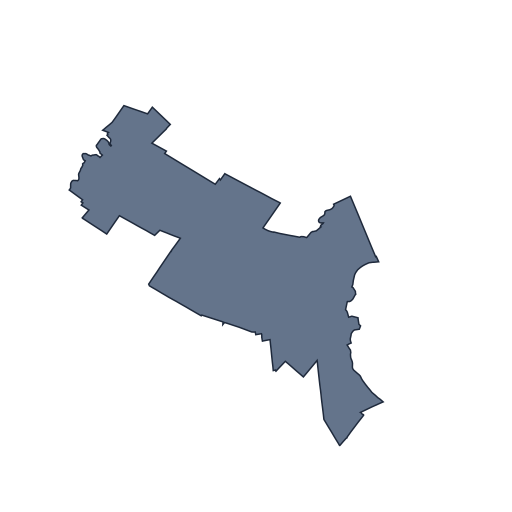 Mircea Voda, Braila, Romania (Equal Earth projection), rotated 141°
{"feature_id": "2599482B59099327438734", "entity_name": "Mircea Voda", "entity_type": "district", "adm_level": 2, "iso_a3": "ROU", "parent_name": "Romania", "parent_adm1": "Braila", "projection": "equal_earth", "projection_center": [27.401, 45.112], "detail": "fine", "context": "isolated", "style": "filled", "palette": "slate", "viewbox_px": 512, "rotation_deg": 141, "n_neighbors": 0, "source": "geoboundaries", "source_scale": "gbopen_adm2", "svg_char_len": 5904}
<svg xmlns="http://www.w3.org/2000/svg" viewBox="0 0 512 512"><g transform="rotate(141 256 256)"><path d="M145.0,243.0L149.9,244.2L158.2,246.2L163.1,247.4L163.3,246.4L163.6,246.0L164.7,245.5L165.9,245.2L167.0,245.0L168.2,245.2L169.5,245.5L170.7,246.1L172.3,246.9L173.6,247.2L174.6,247.0L175.3,246.2L176.0,245.5L176.9,245.0L178.0,244.9L179.7,245.1L181.6,245.4L183.1,245.2L184.5,244.7L185.0,244.3L185.5,243.5L185.7,242.2L184.9,241.0L182.8,239.3L183.3,239.1L186.2,239.1L187.8,238.1L187.5,237.7L193.3,237.6L196.2,239.0L196.6,239.4L198.4,239.7L204.5,238.5L205.1,238.5L206.8,241.0L208.7,242.7L209.0,242.8L209.6,243.0L210.2,243.0L211.6,244.7L214.9,248.6L215.2,248.9L217.0,251.0L221.1,255.9L223.3,258.5L227.0,263.4L227.3,263.3L229.3,265.9L230.8,268.3L232.1,271.1L232.9,273.4L232.4,273.6L216.8,278.1L205.5,281.4L203.8,281.9L203.9,282.3L207.7,290.8L211.4,299.7L212.9,303.2L214.6,307.0L216.6,311.7L228.3,339.2L228.4,339.6L235.9,337.5L235.7,339.1L242.5,337.4L243.9,341.2L251.3,361.9L256.5,376.3L262.5,393.1L259.6,393.9L265.9,409.2L257.7,410.0L249.6,410.8L246.0,411.1L245.0,411.5L241.6,412.0L239.8,412.2L240.3,416.3L242.9,436.9L245.4,436.2L250.8,434.7L258.9,447.7L264.0,456.0L277.5,452.1L283.7,450.4L287.1,450.3L291.5,450.3L294.0,450.2L296.0,450.2L292.9,444.9L293.0,444.9L293.4,445.0L293.8,444.9L294.2,444.8L294.4,444.6L294.6,444.4L294.7,444.2L294.7,443.7L295.8,443.6L295.7,441.1L295.6,440.0L295.5,439.4L295.5,438.8L295.5,438.5L295.6,438.1L295.8,437.8L296.0,437.4L296.6,436.7L298.2,435.7L298.9,434.8L298.9,433.9L298.9,433.7L298.9,432.9L299.6,432.8L299.9,434.1L299.9,434.7L299.9,435.1L299.8,435.4L299.6,435.7L299.4,436.1L299.2,436.8L299.0,437.6L299.0,438.1L299.0,438.5L299.1,439.1L299.2,440.0L299.5,440.9L299.7,441.8L300.0,442.4L300.3,442.9L300.6,443.3L301.0,443.6L301.8,444.0L302.2,444.3L302.7,444.4L303.1,444.4L305.1,443.8L306.2,443.5L306.8,443.4L308.0,443.0L309.0,442.7L309.4,442.6L310.2,442.5L310.5,442.4L310.9,441.9L311.2,441.4L311.3,441.0L311.4,440.7L311.4,440.3L311.4,440.0L311.4,439.3L311.4,438.2L311.5,437.2L311.7,435.9L311.7,435.5L311.8,435.2L312.0,434.8L312.3,434.5L312.5,434.2L311.9,431.1L315.2,430.7L315.4,432.1L315.6,432.8L315.8,433.0L315.9,433.3L315.9,433.6L316.0,434.1L316.2,434.9L316.3,435.2L316.5,435.4L316.8,435.6L317.3,435.9L318.5,436.6L318.8,436.7L318.9,436.8L319.4,437.2L320.1,437.5L320.3,437.5L320.5,437.5L320.9,437.5L321.1,437.6L321.4,437.9L321.6,438.0L321.9,438.7L322.2,439.3L322.4,439.5L322.6,439.6L322.8,440.0L323.2,441.3L323.5,442.1L323.8,442.6L324.3,443.1L325.0,443.6L325.8,444.3L326.7,444.2L327.1,444.1L327.7,443.7L328.2,443.1L328.3,442.9L329.3,440.0L329.4,439.4L329.3,438.6L328.8,437.5L330.9,436.6L331.9,436.8L332.8,436.7L333.2,436.0L333.8,435.3L334.4,435.1L335.0,434.9L335.4,434.6L335.8,434.4L336.5,434.4L337.1,434.1L337.5,433.9L337.9,433.6L338.5,433.1L339.6,432.6L340.3,432.3L341.5,431.8L342.1,431.4L342.4,431.2L342.9,430.5L343.3,429.9L344.1,428.6L344.7,427.8L345.4,427.2L346.3,426.8L347.2,426.7L347.4,426.8L348.0,427.6L350.4,429.7L351.0,429.9L351.7,430.0L352.5,429.8L353.0,429.6L353.8,429.3L354.5,428.8L355.0,428.3L357.2,425.6L359.3,424.8L359.6,424.8L355.4,408.8L357.8,408.2L357.1,406.2L359.8,405.5L356.9,396.9L367.0,395.0L366.8,394.4L367.0,394.3L366.9,393.8L366.8,393.7L366.6,393.1L362.7,381.0L360.2,373.4L358.2,367.0L345.7,370.7L336.8,373.3L332.1,361.7L330.5,357.7L329.2,354.3L327.2,349.4L325.3,344.9L323.8,340.9L322.4,337.4L321.8,335.8L314.5,336.5L312.7,333.3L310.8,330.0L309.0,326.7L307.0,323.2L303.8,317.8L303.6,317.4L313.7,314.7L316.9,313.9L318.9,313.3L318.8,313.1L319.4,312.9L319.6,313.1L338.5,307.4L343.1,305.9L348.6,304.3L352.5,303.1L356.4,301.9L357.1,301.7L357.6,299.9L356.3,296.4L354.9,292.8L352.5,286.2L351.1,282.5L349.9,279.2L348.1,274.7L346.6,271.1L345.2,267.4L343.8,263.8L342.3,260.0L341.0,256.5L339.4,252.3L338.1,248.9L336.2,244.0L335.3,244.2L327.8,232.7L323.1,225.5L324.9,223.6L322.3,224.1L320.8,221.9L313.9,211.2L307.1,199.6L305.5,198.2L304.4,197.4L305.7,195.0L304.6,194.4L300.7,192.2L300.9,191.5L301.7,190.4L302.2,189.7L302.5,189.5L304.6,185.8L304.5,185.7L303.9,185.5L297.7,182.2L300.2,178.4L302.5,174.8L306.0,169.5L310.1,163.2L312.3,159.7L314.7,156.1L312.6,155.1L312.9,154.5L313.0,154.3L313.0,153.9L308.7,154.5L304.8,155.0L299.5,155.7L298.8,152.2L298.0,147.7L296.8,140.6L296.0,136.3L295.3,132.2L290.1,133.2L285.7,134.1L281.1,135.0L276.6,135.9L274.2,136.4L274.8,135.4L277.3,131.6L282.0,124.3L284.5,120.4L287.5,115.7L290.5,110.8L292.8,107.2L295.3,103.4L298.1,98.9L300.4,95.2L303.6,90.1L305.8,86.7L306.1,86.1L306.8,81.0L307.4,76.8L308.1,71.5L308.7,67.5L309.3,63.3L309.9,58.6L310.3,56.2L310.0,56.0L305.1,56.9L300.8,57.6L299.8,57.4L299.6,57.5L298.9,58.0L292.0,59.9L291.9,59.9L281.4,62.5L272.6,64.5L272.4,64.7L272.4,64.9L272.4,65.3L272.5,65.5L272.8,65.9L272.9,66.1L273.0,66.4L273.0,68.2L273.2,68.7L269.0,67.7L260.9,65.8L251.9,63.4L249.0,62.6L249.2,63.8L249.5,65.5L249.8,67.0L250.4,68.9L250.6,70.1L250.7,71.1L251.0,73.1L251.3,74.5L251.8,77.0L251.7,80.2L251.8,83.7L251.7,87.9L251.5,92.1L251.2,94.2L250.5,97.0L250.6,98.7L251.1,101.2L251.9,105.9L251.7,107.8L251.0,109.0L249.7,110.5L248.5,111.9L247.7,113.4L247.1,115.1L246.7,116.6L246.2,117.7L245.0,119.4L244.4,120.2L243.1,121.3L241.8,123.5L241.7,125.4L241.2,129.5L239.4,129.2L236.8,128.5L236.0,130.6L235.0,132.2L231.9,134.7L230.9,135.7L229.4,136.2L227.8,136.6L226.1,136.6L221.8,134.1L218.7,135.9L219.0,138.1L218.9,138.3L216.9,141.8L215.6,143.8L219.4,148.9L222.5,150.1L220.4,154.9L220.1,156.4L220.2,157.9L214.9,162.2L213.9,163.0L213.6,163.1L212.1,161.8L210.8,161.4L209.9,161.4L208.3,161.5L207.9,161.6L206.0,162.3L203.7,163.3L202.5,163.5L202.0,164.6L201.0,166.0L200.5,170.4L201.0,171.6L198.6,173.0L195.8,175.7L193.1,177.8L191.2,179.3L189.1,180.3L185.7,181.3L182.1,181.4L179.3,181.2L176.5,180.7L172.6,179.7L169.4,177.8L167.8,176.6L164.3,174.3L162.8,180.0L163.5,180.1L160.9,189.1L159.1,195.2L157.0,202.2L154.0,212.4L151.8,219.8L149.9,226.2L149.3,228.3L145.0,243.0Z" fill="#64748b" stroke="#1e293b" stroke-width="1.5"/></g></svg>